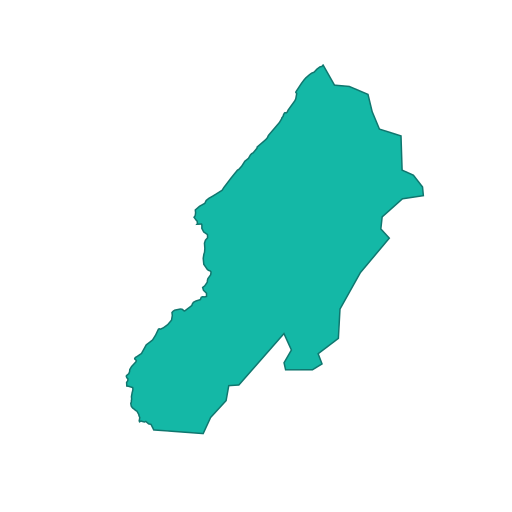 Harlan, Kentucky, United States of America (orthographic projection), rotated 148°
{"feature_id": "52423323B63202283585977", "entity_name": "Harlan", "entity_type": "district", "adm_level": 2, "iso_a3": "USA", "parent_name": "United States of America", "parent_adm1": "Kentucky", "projection": "orthographic", "projection_center": [-83.118, 36.843], "detail": "fine", "context": "isolated", "style": "filled", "palette": "teal", "viewbox_px": 512, "rotation_deg": 148, "n_neighbors": 0, "source": "geoboundaries", "source_scale": "gbopen_adm2", "svg_char_len": 2474}
<svg xmlns="http://www.w3.org/2000/svg" viewBox="0 0 512 512"><g transform="rotate(148 256 256)"><path d="M429.9,220.6L429.7,219.7L430.9,218.1L432.7,217.4L434.5,214.2L433.1,213.0L430.3,209.8L431.0,208.2L432.4,206.7L433.3,205.9L436.2,202.7L437.3,200.5L438.2,199.6L439.1,198.2L440.2,197.5L441.0,195.7L441.4,194.4L441.1,192.1L440.9,191.9L439.9,188.8L439.2,187.5L439.4,183.5L439.8,182.8L440.2,180.5L442.4,178.1L442.6,177.1L441.0,177.0L439.8,175.6L438.5,174.3L437.7,174.2L437.1,174.1L436.0,170.5L434.3,168.9L434.3,168.5L434.7,164.2L434.9,162.7L394.9,133.4L380.1,143.1L358.0,149.2L347.8,160.5L338.9,155.7L273.4,175.4L275.8,157.5L288.8,150.6L291.2,143.8L268.4,129.6L257.2,129.5L255.1,140.2L229.8,142.5L212.9,166.5L176.3,186.6L133.5,200.5L135.8,212.8L128.3,222.3L101.5,226.9L82.1,218.5L78.2,226.3L79.7,241.1L86.6,251.4L69.4,281.0L84.1,298.2L81.0,316.9L75.4,333.7L87.1,350.4L98.9,359.3L97.9,382.4L98.0,382.4L99.6,381.8L101.5,382.5L105.3,382.2L109.4,381.1L111.9,381.6L114.6,381.4L119.2,380.7L121.6,380.0L126.0,378.3L135.1,374.1L135.6,373.5L135.3,372.5L135.4,372.2L138.9,368.3L140.7,367.1L151.3,362.8L153.3,361.5L154.4,361.3L155.5,362.2L156.0,362.2L157.6,361.4L158.7,360.4L159.2,360.0L160.8,359.5L161.5,358.8L165.4,356.8L180.9,351.9L182.4,351.2L183.3,350.4L185.8,349.6L196.8,347.9L197.3,347.8L198.0,346.9L203.8,345.0L205.5,345.1L207.3,344.6L210.6,342.8L215.2,342.3L220.4,339.8L224.9,338.5L226.1,338.7L235.4,335.5L247.0,331.1L249.9,329.7L260.7,329.7L265.4,329.9L268.8,329.5L271.5,327.8L277.5,328.1L283.1,327.2L284.3,324.7L286.2,322.4L288.0,321.7L287.7,317.7L287.4,316.7L288.6,314.4L289.2,314.2L285.3,312.0L285.4,311.2L286.0,310.1L287.3,308.1L287.6,304.1L285.8,299.9L287.4,297.1L290.5,296.2L292.9,294.2L295.4,289.5L297.7,286.4L299.2,285.2L302.0,282.0L304.7,276.6L304.4,270.4L303.9,269.0L302.8,267.7L302.6,266.7L302.8,266.0L304.4,264.1L308.8,262.3L310.1,261.1L311.2,259.6L315.4,257.8L317.9,257.6L318.7,254.8L317.7,250.7L319.4,247.9L321.3,248.6L323.0,249.8L324.3,250.0L326.3,248.5L330.8,249.7L333.6,249.9L335.5,249.0L336.7,248.0L345.4,247.2L346.0,247.4L346.8,249.9L348.2,251.1L353.5,253.1L355.4,253.1L357.2,252.6L358.5,249.9L361.6,246.4L367.1,244.6L372.5,244.2L375.8,244.6L376.7,245.6L377.6,245.6L382.9,242.2L388.2,239.6L396.2,238.8L404.8,234.0L410.8,233.8L411.7,233.9L413.1,233.5L413.4,232.8L413.0,231.7L413.0,230.6L413.9,229.9L420.1,228.2L423.2,226.6L424.6,224.8L426.3,223.6L429.2,223.2L429.7,222.8L430.1,221.2L429.9,220.6Z" fill="#14b8a6" stroke="#0f766e" stroke-width="1.5"/></g></svg>